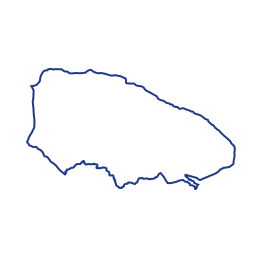 outline of Villarrica, Tolima, Colombia, rotated 260°
{"feature_id": "7082276B66227152382506", "entity_name": "Villarrica", "entity_type": "district", "adm_level": 2, "iso_a3": "COL", "parent_name": "Colombia", "parent_adm1": "Tolima", "projection": "albers", "projection_center": [-74.639, 3.846], "detail": "fine", "context": "isolated", "style": "outline", "palette": "blue", "viewbox_px": 256, "rotation_deg": 260, "n_neighbors": 0, "source": "geoboundaries", "source_scale": "gbopen_adm2", "svg_char_len": 5670}
<svg xmlns="http://www.w3.org/2000/svg" viewBox="0 0 256 256"><g transform="rotate(260 128 128)"><path d="M186.0,40.1L184.9,40.6L182.3,41.3L181.8,41.5L180.8,41.5L175.0,40.2L173.0,39.7L170.4,38.7L168.0,38.6L165.2,38.3L163.6,38.4L162.5,38.1L159.0,37.7L155.4,37.4L152.4,37.3L145.7,36.0L145.0,35.8L144.5,35.5L139.9,32.2L137.5,30.0L135.6,28.6L133.3,27.3L133.0,26.9L132.1,26.4L131.6,26.3L131.1,26.4L130.1,27.1L128.6,27.6L127.9,28.0L127.5,29.0L125.7,31.3L125.6,31.7L125.5,33.5L125.2,34.4L124.5,35.0L123.8,35.3L122.8,36.0L121.7,37.8L121.2,38.3L118.5,40.0L117.8,40.2L116.8,40.2L115.8,40.5L115.1,40.7L114.8,40.9L114.4,41.3L114.1,42.4L113.8,43.0L113.3,43.5L112.5,44.1L111.5,44.5L110.4,45.2L109.0,45.6L108.5,45.9L106.0,48.5L103.7,50.5L98.7,53.2L93.2,57.9L93.3,58.1L94.3,59.0L94.5,59.1L94.8,59.0L95.3,58.7L95.8,58.7L96.0,59.0L96.1,59.9L96.6,60.2L97.6,60.5L97.5,61.2L97.5,61.9L97.9,63.7L98.3,64.1L98.4,64.4L98.6,65.5L98.4,66.8L98.6,67.1L98.7,67.9L99.4,68.4L99.7,68.9L100.0,69.1L100.2,69.6L100.8,70.0L101.1,71.0L101.3,71.3L101.3,71.6L101.3,72.5L101.0,72.9L100.9,74.8L101.1,75.0L101.6,75.6L101.8,76.2L102.0,76.5L102.7,76.8L102.8,77.0L102.8,77.4L103.2,78.2L103.2,78.4L102.8,78.9L102.6,79.0L101.7,78.6L101.1,78.7L100.8,79.0L100.5,79.5L100.1,79.8L99.5,79.9L99.4,80.1L99.5,81.3L99.3,81.8L99.5,82.7L99.5,82.9L99.2,83.3L98.9,84.6L98.6,85.1L98.6,86.9L98.7,87.8L98.3,88.1L98.3,88.4L98.5,88.6L98.5,88.8L98.2,88.9L98.1,89.1L98.0,89.7L97.6,90.3L97.5,91.2L97.4,91.3L96.0,91.4L95.7,91.2L95.1,90.4L94.7,90.1L94.1,90.1L93.9,90.3L93.6,91.3L93.6,91.8L93.7,92.2L93.6,92.7L93.1,93.6L93.1,93.9L93.3,94.4L93.5,95.6L93.3,95.8L93.4,96.5L93.3,97.1L93.3,97.4L93.2,97.8L92.3,99.5L91.7,99.8L90.8,99.4L90.3,99.4L89.9,99.4L89.6,99.6L89.3,100.0L88.3,101.4L87.9,101.6L87.3,101.8L87.0,101.8L86.4,101.7L86.2,101.6L85.5,101.6L84.9,101.5L84.7,101.6L84.4,101.9L84.1,104.4L83.9,104.9L83.7,105.2L81.8,105.3L81.0,105.7L80.7,105.5L80.7,105.2L80.4,105.2L80.3,105.4L80.0,105.6L79.2,105.7L78.8,106.3L78.6,106.3L78.0,105.9L77.4,105.9L77.2,105.9L77.0,106.2L76.7,106.3L76.1,106.2L75.2,106.3L74.3,106.5L73.6,106.5L73.3,106.7L72.8,107.2L72.4,107.4L71.8,108.4L70.9,108.6L70.7,108.7L70.6,109.0L70.6,109.3L70.3,110.2L70.3,110.7L70.1,110.9L70.2,111.7L70.5,112.1L71.0,112.2L71.3,113.8L72.9,114.6L73.1,114.9L73.3,115.7L73.4,116.7L73.3,117.0L73.4,118.2L73.7,118.5L74.1,118.6L74.3,118.8L74.2,120.0L73.6,121.1L73.5,121.8L72.9,123.1L72.4,123.6L71.7,124.6L71.7,125.3L72.6,126.4L72.7,126.7L72.8,127.5L76.0,129.5L76.3,129.8L76.5,130.3L76.5,130.9L76.3,131.3L76.4,133.1L76.3,133.4L75.3,134.3L75.2,134.7L75.1,137.6L74.8,138.2L74.7,138.9L74.4,139.4L74.0,139.7L73.8,140.1L73.8,142.0L73.7,142.9L73.7,145.1L73.9,145.7L74.7,146.4L74.6,147.7L74.8,148.1L76.9,150.1L78.0,152.0L77.8,152.4L73.2,155.0L70.1,156.0L67.4,157.2L66.9,157.5L66.7,158.1L66.4,159.9L66.4,162.8L66.4,164.2L66.6,165.4L66.6,166.3L67.2,168.5L67.3,170.1L67.3,172.1L67.3,173.0L67.0,173.5L65.8,174.4L65.2,175.1L64.9,175.9L64.9,176.6L64.7,177.1L63.0,178.4L62.8,179.1L62.5,179.2L61.1,179.2L60.8,179.3L60.8,179.8L60.2,181.6L59.1,183.0L58.8,183.1L58.5,183.6L58.3,183.7L56.8,183.4L56.4,183.5L56.2,183.9L56.3,184.3L56.7,184.8L57.3,185.3L58.7,185.9L59.2,186.3L60.0,187.2L60.6,186.1L61.8,184.7L62.2,183.8L63.7,183.5L64.3,183.1L64.7,182.5L65.1,181.5L66.3,180.8L66.3,180.5L66.1,179.9L66.2,179.6L66.3,179.4L66.5,179.2L67.8,178.8L70.6,176.3L71.0,176.2L71.8,176.5L70.6,179.4L69.3,182.0L67.2,186.5L66.8,187.1L64.7,189.0L64.3,189.7L64.3,190.5L65.0,192.8L65.4,195.1L65.8,196.3L66.0,197.7L66.7,200.2L67.2,202.8L67.7,205.2L68.2,206.8L69.0,208.7L70.0,210.3L71.1,211.5L71.2,211.9L71.2,212.9L71.5,213.5L72.1,214.5L72.0,220.7L72.1,221.1L73.4,223.9L74.0,225.2L74.3,225.5L74.7,225.8L76.2,226.0L77.7,226.5L79.8,227.4L81.8,228.0L83.4,228.3L84.6,228.4L85.3,228.5L87.2,229.2L90.4,229.7L91.1,229.6L92.5,228.9L95.1,227.0L96.1,226.8L97.4,226.3L99.4,224.7L101.2,223.4L104.0,221.0L107.8,218.3L109.1,217.6L109.6,217.2L110.1,216.8L110.6,216.0L112.6,214.4L113.2,213.8L113.8,213.5L115.6,212.8L115.8,212.6L116.4,211.4L118.8,209.5L119.5,208.9L120.4,208.4L121.6,208.2L122.2,208.0L123.3,205.9L123.9,205.3L124.7,204.7L126.5,202.9L127.6,202.0L129.9,197.9L130.2,197.0L131.1,195.8L131.8,195.4L132.6,195.0L133.0,194.4L133.1,193.5L134.8,191.1L136.2,188.4L137.3,186.9L137.8,185.9L138.0,185.1L138.0,184.2L137.8,183.2L137.8,182.6L138.1,181.9L138.9,181.0L139.6,180.7L140.3,180.1L140.3,179.0L141.1,177.2L141.8,176.4L142.9,176.0L143.6,175.2L143.8,174.1L145.2,172.5L145.9,170.4L146.9,169.5L148.7,167.4L149.7,165.3L150.4,164.2L151.4,162.9L153.1,162.2L154.6,161.5L156.6,158.8L158.4,156.8L161.5,152.7L162.3,151.9L164.5,150.7L165.5,150.0L166.2,149.2L166.7,148.4L167.1,147.2L167.9,144.8L168.4,143.9L169.0,143.0L170.3,142.1L170.7,141.6L171.1,139.8L171.5,137.3L172.0,135.5L172.4,134.3L173.0,134.0L173.6,134.0L174.2,134.1L174.8,134.3L175.4,134.4L176.6,134.3L177.2,134.1L177.6,133.6L178.0,133.2L178.2,132.6L180.4,129.5L180.7,129.0L180.7,128.1L182.1,125.3L182.4,121.1L182.8,119.8L183.9,117.8L184.7,116.0L185.2,115.3L186.7,111.4L186.9,110.6L186.8,110.0L187.1,108.1L188.0,106.0L188.4,105.5L189.0,104.4L189.8,103.4L191.1,102.2L191.7,101.4L191.9,100.4L191.8,100.0L191.0,97.5L190.6,96.9L190.0,96.1L189.9,94.5L190.0,92.4L190.2,91.6L190.3,89.9L190.9,87.8L191.0,87.2L191.1,85.9L191.5,84.4L191.4,83.0L191.6,81.6L192.0,80.4L192.1,79.8L193.1,78.8L193.5,78.7L194.1,78.0L194.2,77.2L194.8,75.4L195.9,74.0L197.0,73.3L197.3,72.9L197.5,71.3L198.0,69.9L198.2,68.6L198.6,66.9L198.5,65.6L198.6,64.8L199.4,62.9L199.6,61.9L199.6,60.6L199.8,60.1L199.7,59.6L199.3,59.1L198.9,58.8L198.9,58.0L199.1,57.1L198.6,55.1L198.3,54.5L197.7,53.9L196.9,53.0L194.5,51.2L192.6,50.3L190.2,49.6L188.8,48.7L186.3,45.4L185.9,42.6L186.0,40.1Z" fill="none" stroke="#1e3a8a" stroke-width="2"/></g></svg>